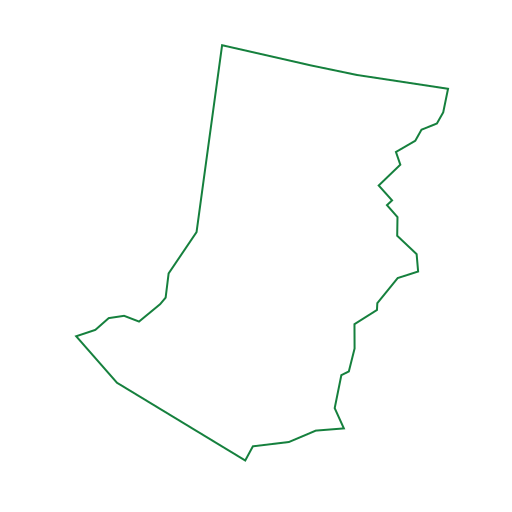 Marion, Kentucky, United States of America, rotated 278°
{"feature_id": "52423323B50933714814706", "entity_name": "Marion", "entity_type": "district", "adm_level": 2, "iso_a3": "USA", "parent_name": "United States of America", "parent_adm1": "Kentucky", "projection": "orthographic", "projection_center": [-85.281, 37.571], "detail": "fine", "context": "isolated", "style": "outline", "palette": "green", "viewbox_px": 512, "rotation_deg": 278, "n_neighbors": 0, "source": "geoboundaries", "source_scale": "gbopen_adm2", "svg_char_len": 663}
<svg xmlns="http://www.w3.org/2000/svg" viewBox="0 0 512 512"><g transform="rotate(278 256 256)"><path d="M151.5,89.1L111.1,136.0L52.0,273.8L67.1,279.4L76.4,314.5L91.4,339.5L97.5,367.0L116.3,355.1L149.9,357.1L154.6,364.0L178.1,366.5L202.2,363.0L219.4,383.3L226.2,382.7L253.9,399.4L263.2,418.7L280.2,414.8L295.7,393.0L314.2,390.7L324.6,378.6L330.0,383.0L342.9,367.7L366.5,386.2L378.5,380.1L392.3,397.7L404.1,402.3L412.4,416.7L424.3,421.4L448.3,422.9L449.3,330.7L452.4,283.4L460.0,193.1L347.2,193.5L271.4,193.8L226.6,171.9L202.2,172.3L195.0,167.8L174.8,149.3L178.4,133.7L174.0,118.8L160.5,107.2L151.5,89.1Z" fill="none" stroke="#15803d" stroke-width="2"/></g></svg>